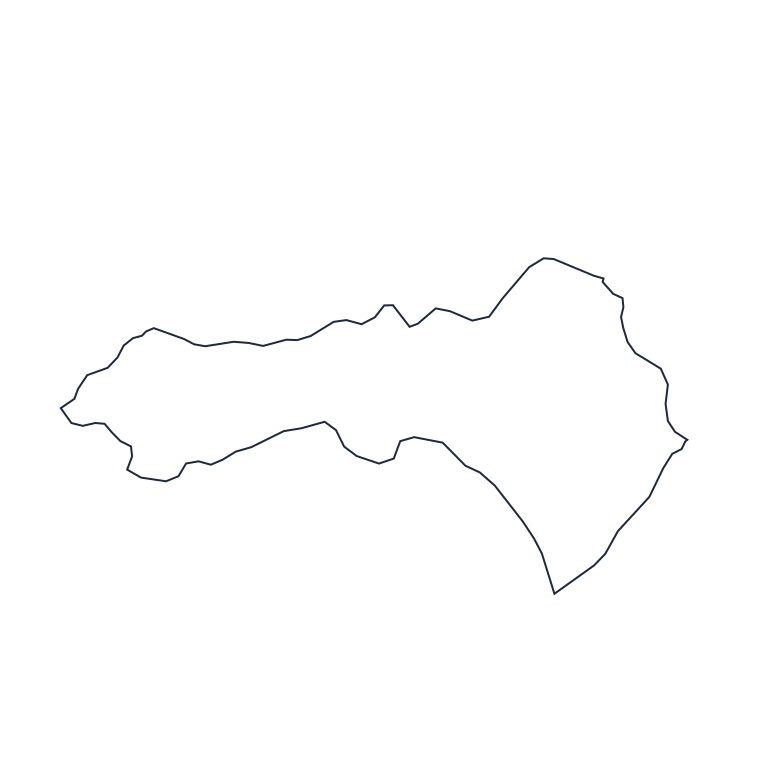 an SVG outline of Taichung City, rotated 194°
{"feature_id": "TWN-1174", "entity_name": "Taichung City", "entity_type": "Special Municipality", "adm_level": 1, "iso_a3": "TWN", "parent_name": "Taiwan", "parent_adm1": "", "projection": "robinson", "projection_center": [120.974, 24.233], "detail": "fine", "context": "isolated", "style": "outline", "palette": "slate", "viewbox_px": 768, "rotation_deg": 194, "n_neighbors": 0, "source": "natural_earth", "source_scale": "10m", "svg_char_len": 1345}
<svg xmlns="http://www.w3.org/2000/svg" viewBox="0 0 768 768"><g transform="rotate(194 384 384)"><path d="M76.2,403.2L77.7,401.3L79.5,392.9L87.4,386.0L92.7,369.8L99.2,338.7L121.4,297.9L128.2,272.8L136.2,258.9L167.9,221.7L189.8,257.7L201.1,270.4L216.1,284.2L252.0,312.3L269.7,321.4L285.2,324.4L312.9,341.3L341.9,339.7L354.4,332.5L356.5,314.0L369.6,305.6L393.1,307.5L407.5,313.6L419.4,327.6L432.4,333.0L453.4,321.1L469.9,314.0L497.5,290.6L511.5,282.5L522.4,271.4L532.5,263.8L545.2,264.1L556.8,259.0L561.1,244.8L570.0,238.3L571.9,236.9L597.1,234.4L603.8,236.3L612.5,238.8L610.9,252.9L614.4,262.2L626.1,264.9L636.6,271.4L645.5,277.8L654.8,276.3L666.2,270.5L677.9,270.5L691.8,282.4L680.8,294.7L679.7,305.2L674.1,320.8L656.1,332.8L649.0,345.3L645.9,358.3L638.6,367.8L630.5,372.3L627.6,377.4L620.9,382.5L589.0,379.3L577.8,376.6L566.6,377.4L540.1,388.6L525.2,391.1L510.5,391.7L489.4,403.4L478.8,405.6L466.8,412.8L447.9,432.1L436.0,436.9L420.2,436.6L409.0,446.5L402.8,460.3L394.4,462.6L373.0,445.7L365.8,450.6L352.1,469.9L337.7,470.6L313.6,466.9L298.3,474.7L289.5,496.1L271.4,532.5L259.5,544.6L249.5,546.3L206.6,539.8L196.5,539.5L196.5,535.9L183.4,526.9L173.3,525.0L170.3,516.4L170.2,506.4L165.5,496.4L157.8,483.7L147.5,474.7L119.1,465.8L108.4,452.1L106.0,432.9L99.6,416.8L90.1,408.0L76.2,403.2Z" fill="none" stroke="#1e293b" stroke-width="2"/></g></svg>